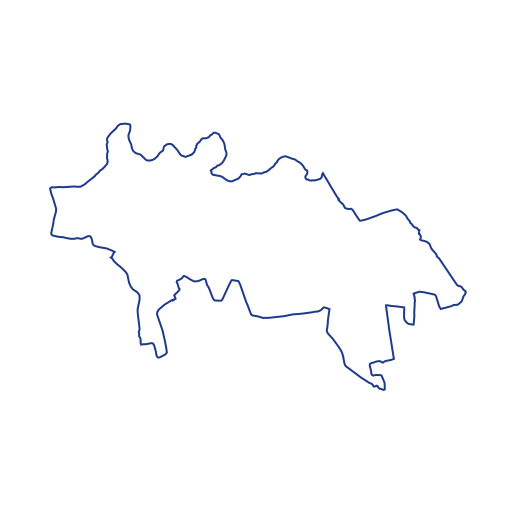 the district of Sanguie, Sanguié, Burkina Faso, rotated 97°
{"feature_id": "67063806B51289395143870", "entity_name": "Sanguie", "entity_type": "district", "adm_level": 2, "iso_a3": "BFA", "parent_name": "Burkina Faso", "parent_adm1": "Sanguié", "projection": "albers", "projection_center": [-2.631, 12.224], "detail": "fine", "context": "isolated", "style": "outline", "palette": "blue", "viewbox_px": 512, "rotation_deg": 97, "n_neighbors": 0, "source": "geoboundaries", "source_scale": "gbopen_adm2", "svg_char_len": 6096}
<svg xmlns="http://www.w3.org/2000/svg" viewBox="0 0 512 512"><g transform="rotate(97 256 256)"><path d="M214.2,468.6L218.6,467.0L223.9,464.3L233.3,460.2L235.7,459.9L245.3,461.2L247.9,461.1L257.8,462.0L258.9,461.9L259.9,461.3L260.4,460.2L261.0,455.2L260.9,449.3L261.3,446.4L261.5,441.8L261.0,438.2L260.0,435.5L260.3,431.7L259.9,430.3L256.9,425.4L256.6,424.5L256.6,423.2L257.3,422.3L259.1,421.1L263.6,419.6L264.7,418.9L265.4,417.9L265.9,415.7L266.3,412.8L266.7,405.1L268.4,398.8L269.2,396.8L269.5,397.1L270.4,397.7L271.2,397.8L272.0,398.4L273.0,398.4L274.5,399.1L275.2,399.9L276.2,398.2L278.5,396.3L280.0,394.3L281.3,392.6L283.4,389.0L287.7,383.4L290.1,381.4L297.8,378.8L301.7,376.5L303.8,374.4L304.5,373.4L306.1,370.0L308.6,367.2L309.6,366.8L313.6,366.2L322.8,367.0L324.9,366.8L327.2,366.4L342.7,362.6L346.1,363.1L347.5,362.4L349.7,362.3L352.2,360.5L356.4,359.9L358.0,359.1L357.2,356.8L357.2,355.6L356.6,353.3L355.3,349.4L355.2,348.2L355.7,347.3L357.1,346.2L362.9,343.8L365.8,343.0L366.9,342.5L368.1,341.8L368.6,341.1L368.7,340.4L368.3,339.1L364.6,333.8L362.6,332.7L358.2,333.9L351.6,336.0L341.5,339.6L326.3,347.0L324.3,347.2L323.1,347.0L320.8,345.8L315.4,340.8L310.2,334.3L309.4,332.7L309.9,332.7L308.3,330.6L307.1,331.1L305.2,332.4L303.6,331.5L302.4,330.3L299.2,328.0L298.6,327.8L298.0,327.9L297.5,328.6L292.9,330.6L291.6,331.6L290.1,331.2L289.3,329.7L287.3,327.0L284.7,325.4L284.6,325.0L285.3,322.3L286.6,320.0L288.7,314.7L288.4,312.2L288.1,310.9L287.4,309.3L285.4,306.0L285.0,304.2L285.1,303.7L285.8,303.1L290.6,301.1L293.7,298.7L303.1,293.7L304.6,292.4L305.1,291.7L305.1,290.7L304.8,286.3L304.5,285.1L303.9,284.5L302.9,284.0L287.5,279.0L283.2,277.4L282.8,276.7L283.0,271.4L283.1,270.4L283.9,269.8L286.7,268.0L302.8,260.2L305.5,258.5L314.5,253.8L315.1,253.2L315.4,252.0L315.7,246.9L316.6,241.5L315.8,235.8L312.3,220.8L309.4,212.2L307.8,204.0L305.1,193.7L304.0,190.3L303.6,188.0L302.4,185.8L301.4,184.6L298.8,182.6L298.8,180.8L299.8,176.6L311.5,176.8L313.9,176.5L315.6,176.6L318.7,176.5L321.5,176.7L322.5,176.3L324.2,175.1L328.9,169.6L337.3,161.8L341.0,159.1L344.6,157.4L351.1,155.4L353.8,154.1L354.8,152.8L363.8,137.0L368.0,128.4L368.7,125.8L369.4,124.7L370.7,123.8L370.8,123.3L371.3,122.9L371.2,122.5L370.6,121.6L370.6,121.1L370.0,120.4L370.4,119.3L371.2,119.0L372.8,116.9L372.6,115.6L373.4,113.4L373.4,112.8L372.6,112.0L371.1,112.1L366.0,113.0L359.7,116.6L359.2,117.1L359.1,118.7L359.5,122.5L360.4,125.3L360.1,126.2L358.9,127.1L356.0,127.8L350.9,129.8L349.1,129.7L348.2,128.3L347.0,125.4L346.5,124.7L345.3,121.2L345.6,118.9L346.4,117.4L346.3,117.0L345.0,115.6L344.2,114.0L342.8,109.5L341.3,106.6L313.6,114.6L289.2,121.0L288.9,119.8L289.1,114.9L288.9,110.6L289.0,102.6L291.4,102.2L292.7,102.3L299.2,101.5L301.4,100.7L303.7,98.4L304.8,96.3L305.0,92.5L304.8,91.2L296.3,91.5L292.6,92.1L285.8,92.5L283.1,92.9L281.1,92.6L279.7,93.2L277.6,93.5L276.1,94.3L275.2,94.2L274.4,95.0L274.0,94.9L271.6,89.6L271.5,88.3L271.5,85.5L272.0,79.5L272.5,74.4L272.8,73.5L274.0,72.4L283.6,68.1L286.1,66.2L282.1,56.3L280.5,53.7L279.8,49.8L276.1,46.4L273.6,45.7L270.9,45.2L268.6,43.9L267.6,43.7L266.9,43.7L266.8,43.4L265.6,43.6L265.2,43.9L264.7,44.8L264.4,45.7L261.8,48.1L261.0,50.0L261.2,51.0L260.6,52.4L259.3,53.8L235.7,74.3L235.6,75.0L234.4,76.4L232.7,77.0L230.3,79.4L228.8,81.3L226.7,83.2L223.1,85.1L222.5,85.8L222.1,86.8L221.6,87.1L221.2,88.1L220.5,90.8L220.4,93.4L219.9,94.9L219.7,95.1L218.5,94.8L216.8,94.7L214.5,96.0L214.3,96.9L213.6,97.1L210.5,97.0L210.5,97.8L209.8,98.2L209.7,98.7L208.5,99.8L208.4,101.6L207.4,103.4L205.3,105.3L204.2,107.0L202.9,107.5L200.4,110.2L198.1,111.8L197.1,112.9L194.8,116.3L192.5,121.4L192.6,122.0L194.4,127.2L198.0,135.4L201.6,141.8L205.8,150.1L208.0,155.5L208.3,157.3L203.7,161.4L199.7,164.6L198.2,166.1L197.5,167.5L198.0,169.1L198.0,171.4L197.5,173.5L194.1,175.9L192.1,178.9L190.2,181.1L189.4,180.6L187.5,182.7L176.0,191.7L165.7,199.6L167.2,200.3L169.7,200.4L171.1,201.3L171.9,202.2L174.0,207.3L173.9,209.2L174.4,210.3L174.5,211.5L174.2,212.7L173.7,213.3L173.9,214.7L173.6,215.5L172.8,216.2L171.5,216.7L171.0,216.7L168.5,215.4L167.8,215.2L165.3,215.4L164.8,215.8L164.3,217.5L160.4,220.6L158.5,223.0L158.0,223.7L157.3,225.6L155.4,229.2L155.1,231.6L153.4,238.6L154.1,241.1L155.4,243.3L156.9,245.0L158.8,246.3L160.4,246.6L161.8,248.0L163.5,248.7L164.6,249.4L165.6,250.3L168.0,252.9L168.8,253.4L171.2,256.1L172.2,258.6L173.4,260.3L173.5,262.1L173.7,263.0L173.6,264.6L173.9,265.4L173.8,266.2L174.5,267.4L175.7,271.1L176.4,272.2L176.4,272.7L175.6,277.1L176.6,280.0L176.8,280.3L178.8,281.1L181.4,283.0L184.8,289.0L185.1,290.9L184.5,293.8L183.0,296.8L182.1,298.1L181.1,300.7L180.6,308.7L179.4,310.2L178.8,310.4L177.5,310.6L176.7,311.3L173.5,308.2L173.2,307.2L172.9,306.7L171.1,305.5L170.6,303.9L167.7,300.9L165.8,299.8L160.8,298.0L158.9,297.7L157.7,297.8L156.2,298.3L154.1,299.5L149.3,300.8L147.5,301.6L144.4,303.8L143.2,305.4L140.0,307.4L139.6,307.8L138.7,311.0L138.6,312.3L139.2,313.4L141.1,314.9L141.7,316.1L143.7,317.2L144.1,317.8L145.4,320.4L145.7,323.2L146.9,324.5L148.8,325.4L150.1,326.3L151.0,327.3L151.9,328.0L153.9,328.7L154.1,328.5L155.8,328.6L157.1,329.4L158.2,329.4L160.4,330.0L163.4,332.3L163.6,332.8L163.3,332.8L163.6,333.3L164.8,335.1L165.3,336.5L166.1,337.5L166.2,337.9L165.4,342.0L164.6,343.4L160.3,347.1L156.0,352.2L155.2,353.9L155.3,356.1L156.3,358.4L158.3,360.4L158.8,360.7L162.5,361.1L163.0,361.4L165.0,363.8L166.9,365.0L168.8,365.7L171.8,368.4L172.7,369.5L173.8,371.7L174.2,373.1L174.4,375.7L174.0,376.9L169.9,382.3L169.4,383.2L168.5,388.1L166.9,390.4L165.5,391.6L162.6,392.9L160.5,393.4L157.1,395.6L154.3,396.9L151.4,397.3L146.9,396.3L142.8,396.4L141.7,396.7L140.8,397.2L140.5,401.4L141.5,406.3L142.2,407.5L143.9,409.2L146.8,410.7L152.2,415.3L156.6,417.8L158.2,418.1L159.1,418.1L161.1,417.1L163.3,417.8L168.2,416.7L169.7,415.9L170.6,415.8L172.5,416.2L176.8,415.8L179.1,415.0L180.9,414.7L183.0,415.2L185.4,416.8L188.5,419.1L190.1,421.1L192.5,422.5L195.1,425.1L196.4,425.7L202.4,431.7L205.8,434.8L208.6,438.6L209.2,442.8L209.1,444.6L211.3,456.2L211.5,459.9L212.5,464.6L212.6,466.9L213.2,467.9L214.2,468.6Z" fill="none" stroke="#1e3a8a" stroke-width="2"/></g></svg>